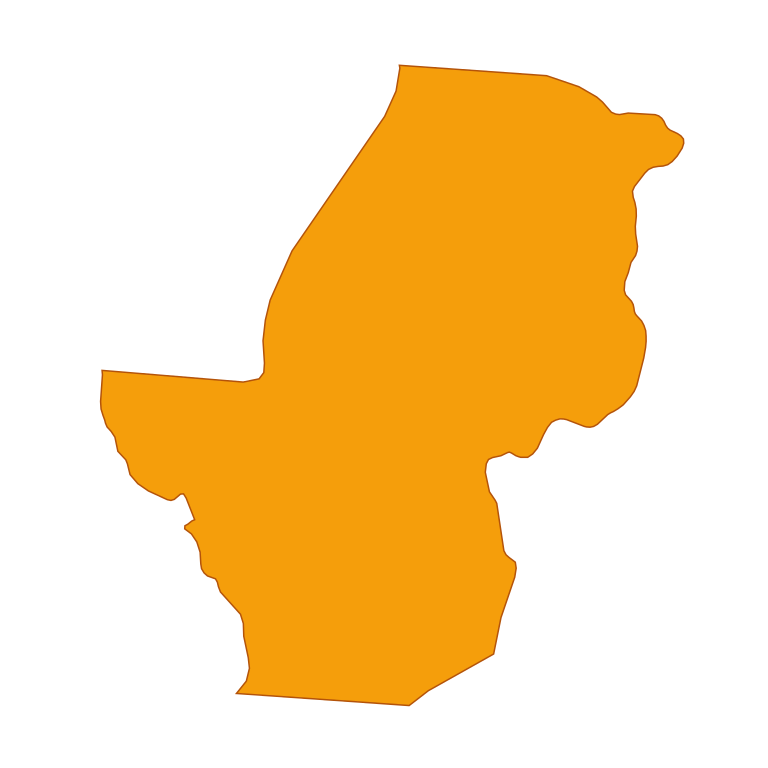 map outline of Nkhata Bay (Robinson projection), rotated 184°
{"feature_id": "MWI-1901", "entity_name": "Nkhata Bay", "entity_type": "District", "adm_level": 1, "iso_a3": "MWI", "parent_name": "Malawi", "parent_adm1": "", "projection": "robinson", "projection_center": [34.193, -11.585], "detail": "fine", "context": "isolated", "style": "filled", "palette": "amber", "viewbox_px": 768, "rotation_deg": 184, "n_neighbors": 0, "source": "natural_earth", "source_scale": "10m", "svg_char_len": 2143}
<svg xmlns="http://www.w3.org/2000/svg" viewBox="0 0 768 768"><g transform="rotate(184 384 384)"><path d="M509.6,65.0L500.6,78.0L498.4,91.0L500.3,101.5L506.3,122.6L507.6,135.3L511.1,144.3L532.6,165.1L535.0,170.2L536.4,174.7L538.5,177.9L546.7,180.2L550.3,183.0L553.1,187.0L554.2,191.7L555.7,203.4L559.7,213.4L565.6,221.0L572.7,225.6L572.7,228.7L570.0,230.4L566.2,233.9L563.4,235.4L573.4,256.4L576.3,260.4L579.3,260.0L585.1,254.3L588.4,253.0L592.1,253.5L611.6,260.9L622.6,267.4L631.0,275.9L634.4,286.5L636.3,290.4L644.8,298.3L648.7,312.2L652.9,317.7L657.2,321.8L659.1,325.5L660.1,328.6L662.2,333.3L664.5,339.3L665.5,346.8L665.5,373.5L666.2,377.9L524.6,376.1L509.0,380.4L504.7,387.0L504.7,396.4L507.7,418.7L506.8,439.5L503.4,459.8L485.0,510.4L450.6,568.7L402.0,651.0L392.4,677.0L390.2,700.2L390.9,703.0L243.3,702.9L210.2,694.1L191.8,685.1L185.7,680.5L176.1,670.9L171.7,669.4L167.8,669.2L159.3,671.3L132.3,671.6L128.6,670.6L125.5,668.5L123.1,665.6L121.1,661.8L118.9,659.0L116.3,657.2L108.7,654.3L105.1,652.2L102.4,649.3L101.8,645.1L103.0,640.1L107.5,631.8L112.0,626.1L116.2,622.6L120.8,620.9L125.7,620.2L130.6,619.0L135.1,616.5L138.6,612.5L147.9,598.5L149.6,593.7L148.4,587.6L146.4,582.6L144.7,576.2L144.0,569.1L144.3,558.7L143.4,551.1L140.7,539.0L140.9,534.2L142.0,529.7L146.1,522.5L148.1,512.1L150.9,502.9L150.9,494.2L149.2,489.8L142.9,483.8L141.0,480.7L140.0,477.2L139.3,473.9L138.2,471.5L136.8,469.9L131.4,464.8L128.8,460.6L126.7,455.5L125.9,450.1L125.5,444.8L125.6,438.7L126.7,428.0L131.8,399.8L134.0,394.0L137.3,388.5L143.9,379.9L148.9,375.6L153.3,372.5L155.9,371.1L158.7,369.1L168.3,358.7L171.9,356.3L175.4,355.3L178.9,355.3L181.3,355.7L199.3,361.2L202.4,361.6L206.1,361.5L210.3,359.9L214.2,357.5L217.9,352.1L221.3,344.7L226.5,330.7L230.8,324.6L235.5,320.9L242.5,320.4L244.8,320.9L247.5,321.7L252.1,324.1L254.2,324.8L256.0,324.2L262.3,320.6L270.6,318.2L274.5,316.0L276.4,311.6L276.8,303.0L271.3,283.8L265.1,275.9L263.2,272.8L252.8,226.1L250.4,222.2L247.2,219.7L240.6,215.4L239.3,209.5L240.1,200.4L251.0,159.2L255.8,122.3L318.3,81.2L336.5,65.0L507.4,65.0L509.5,65.0L509.6,65.0Z" fill="#f59e0b" stroke="#b45309" stroke-width="1.5"/></g></svg>